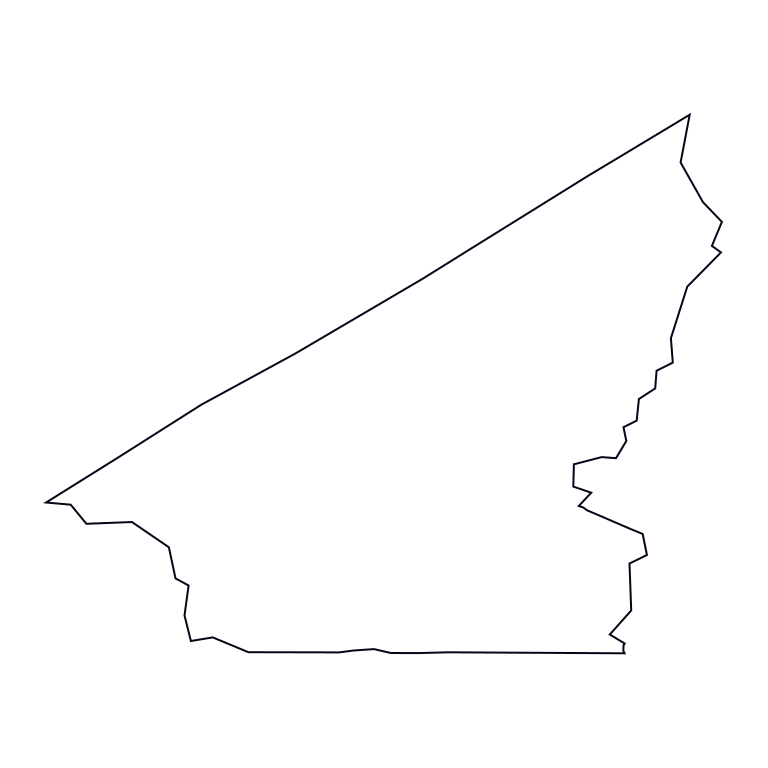 the district of Southampton, Virginia, United States of America
{"feature_id": "52423323B94499029324325", "entity_name": "Southampton", "entity_type": "district", "adm_level": 2, "iso_a3": "USA", "parent_name": "United States of America", "parent_adm1": "Virginia", "projection": "robinson", "projection_center": [-77.053, 36.77], "detail": "fine", "context": "isolated", "style": "outline", "palette": "ink", "viewbox_px": 768, "rotation_deg": 0, "n_neighbors": 0, "source": "geoboundaries", "source_scale": "gbopen_adm2", "svg_char_len": 832}
<svg xmlns="http://www.w3.org/2000/svg" viewBox="0 0 768 768"><path d="M587.3,176.3L472.6,247.6L423.4,278.3L295.2,353.6L201.3,404.7L117.0,458.2L46.1,502.5L70.7,504.7L86.4,523.8L131.9,522.0L168.9,547.3L175.5,578.4L188.6,585.5L184.5,615.4L190.9,641.0L212.7,637.4L248.4,652.2L339.0,652.4L353.8,650.5L374.0,649.1L379.1,650.3L390.8,653.0L418.3,653.1L447.7,652.3L624.5,653.3L623.3,650.6L623.6,645.1L624.7,643.5L609.8,634.5L631.2,610.5L629.5,563.5L646.9,555.0L642.7,534.0L630.8,529.1L587.3,510.4L583.3,507.5L578.8,506.0L591.2,492.7L573.3,486.6L573.9,464.3L601.7,457.1L616.0,458.2L626.3,441.0L623.5,427.2L636.7,420.6L638.9,399.0L655.2,388.4L656.6,370.7L672.8,362.6L670.9,338.2L687.3,286.6L721.0,252.4L711.9,245.9L721.9,221.9L703.0,202.2L680.6,162.5L689.7,114.7L669.0,127.2L587.3,176.3Z" fill="none" stroke="#020617" stroke-width="2"/></svg>